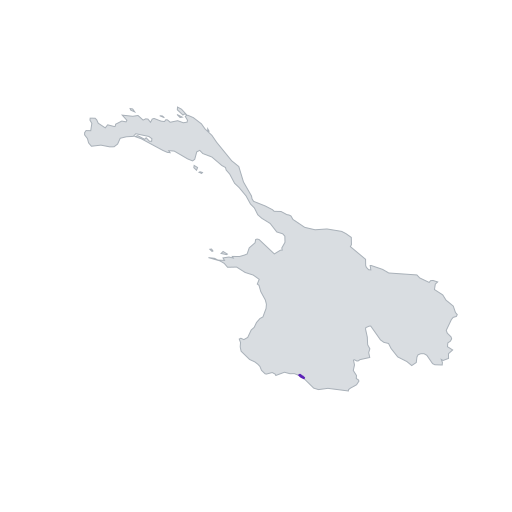 Wan Yai, Mukdahan, Thailand (highlighted), rotated 127°
{"feature_id": "78962969B15109036384984", "entity_name": "Wan Yai", "entity_type": "district", "adm_level": 2, "iso_a3": "THA", "parent_name": "Thailand", "parent_adm1": "Mukdahan", "projection": "equal_earth", "projection_center": [104.712, 16.728], "detail": "fine", "context": "in_parent", "style": "filled", "palette": "violet", "viewbox_px": 512, "rotation_deg": 127, "n_neighbors": 0, "source": "geoboundaries", "source_scale": "gbopen_adm2", "svg_char_len": 4543}
<svg xmlns="http://www.w3.org/2000/svg" viewBox="0 0 512 512"><g transform="rotate(127 256 256)"><path d="M226.8,43.7L227.1,45.8L228.8,43.1L231.0,41.7L235.2,47.7L235.7,50.2L232.5,59.8L232.9,63.0L234.9,65.6L237.3,67.1L239.8,66.7L244.6,63.9L249.8,65.7L249.5,72.0L251.3,82.1L248.6,92.4L246.1,97.5L248.0,101.9L248.1,106.1L242.9,122.2L243.9,123.4L247.1,125.2L248.4,124.6L253.8,118.3L259.7,113.4L261.6,109.2L265.3,107.9L268.6,104.1L276.2,110.6L278.2,111.2L279.2,112.3L279.6,115.0L280.5,115.5L283.7,111.8L288.9,109.4L291.0,103.8L293.5,102.2L293.3,99.5L294.0,98.5L298.3,98.2L304.8,101.1L307.1,101.7L308.2,101.0L318.4,118.9L325.1,125.7L326.8,130.4L325.2,142.4L325.4,149.2L326.8,154.5L329.6,158.1L331.7,163.3L339.5,168.3L338.8,169.6L339.3,172.9L344.1,176.7L344.6,177.9L344.0,182.8L341.8,186.5L341.3,189.5L341.3,193.3L342.5,198.9L341.0,210.6L338.1,213.9L334.4,216.3L332.4,219.4L330.8,218.6L330.1,215.4L326.0,213.6L318.0,215.3L314.1,214.5L308.7,215.6L303.5,215.2L300.5,213.8L291.8,216.4L288.2,218.7L285.5,222.1L281.6,230.7L277.6,236.0L277.6,238.1L272.7,239.4L272.9,246.8L275.7,254.8L276.5,264.8L282.1,271.9L281.0,276.9L281.6,281.8L285.9,293.0L282.8,287.7L282.2,284.0L278.5,278.5L277.4,281.2L273.1,277.0L271.3,272.9L270.6,274.7L266.4,268.9L262.1,265.7L259.7,264.3L253.6,266.3L246.0,264.7L243.0,266.2L241.8,265.3L241.0,263.5L243.3,242.6L236.7,240.0L235.5,238.6L234.1,240.2L227.6,241.1L222.8,244.9L222.2,248.1L224.3,253.9L221.5,264.2L222.4,274.0L222.0,279.4L218.6,286.2L217.8,291.7L214.0,300.1L211.5,310.7L210.8,316.9L206.4,326.3L205.3,331.6L203.7,333.6L204.3,337.8L203.5,350.8L206.2,360.1L205.5,364.5L208.5,366.0L215.7,363.1L218.2,363.9L219.6,369.0L221.4,384.4L224.4,389.1L225.2,386.8L226.6,389.2L227.7,393.8L231.4,418.1L233.4,424.5L231.1,422.9L229.8,415.2L227.7,414.9L228.5,410.1L227.2,408.4L225.0,409.7L225.0,413.5L230.7,425.6L234.3,426.0L238.8,431.3L243.7,435.3L249.9,433.9L254.2,435.1L256.8,438.4L260.8,446.6L267.4,453.5L266.4,457.8L263.7,461.2L262.4,465.8L260.6,467.1L258.1,467.2L255.4,463.4L248.9,466.9L247.4,470.4L245.7,471.4L242.8,467.4L243.1,465.2L244.9,461.9L244.4,453.5L240.5,453.4L237.9,447.1L237.1,446.5L235.2,447.4L229.0,444.4L227.1,440.5L225.3,440.8L224.0,447.6L218.6,438.5L214.8,434.8L215.4,428.0L212.8,426.6L211.7,424.7L212.7,420.7L209.1,421.3L207.5,420.2L205.4,412.9L203.7,410.0L201.4,410.0L200.6,408.6L200.8,405.0L195.1,400.0L193.3,394.2L190.6,391.6L188.8,392.4L187.1,396.5L185.8,396.2L184.6,395.1L183.2,389.3L183.3,379.1L185.2,373.2L186.2,363.8L188.9,355.8L194.6,332.7L194.9,323.6L204.4,310.6L210.8,295.7L212.8,293.5L213.8,290.8L210.5,278.8L209.1,270.6L209.4,268.4L205.4,262.8L204.4,256.3L203.4,254.3L203.0,252.2L204.6,248.4L203.8,234.3L199.5,224.6L191.7,215.6L184.8,202.4L184.0,197.7L183.8,191.1L189.5,186.6L191.7,186.3L192.7,166.5L197.6,162.7L198.6,161.1L199.2,157.8L198.0,155.9L194.9,159.1L194.3,158.4L190.5,146.8L189.7,139.8L174.3,116.1L175.0,112.1L172.9,101.8L170.6,101.7L169.0,99.9L167.4,95.3L170.5,95.9L175.4,93.3L174.7,83.4L176.9,77.7L177.3,68.3L181.1,62.7L181.7,60.0L183.7,59.6L186.4,61.6L189.2,61.7L200.9,59.3L202.5,56.8L203.2,51.6L204.4,49.9L207.0,49.5L210.0,50.5L213.2,48.5L212.7,42.4L218.2,43.5L221.9,40.6L226.8,43.7ZM187.4,399.2L186.6,406.8L184.3,408.3L183.6,403.9L184.9,396.8L185.6,398.5L187.4,399.2ZM223.3,355.1L222.9,358.8L220.9,359.9L220.5,355.9L223.3,355.1ZM272.6,280.3L275.0,285.4L272.2,285.0L271.7,280.0L272.6,280.3ZM214.0,445.3L212.8,443.0L213.9,439.6L214.9,443.8L214.0,445.3ZM191.1,400.0L190.5,404.2L189.5,398.5L191.1,400.0ZM223.4,351.9L222.4,351.4L221.5,349.0L222.8,349.1L223.4,351.9ZM200.7,412.4L201.9,417.3L200.5,415.0L200.7,412.4ZM278.8,293.9L278.4,296.9L277.2,295.7L277.9,293.4L278.8,293.9ZM184.9,370.0L183.5,371.1L184.7,368.2L184.9,370.0Z" fill="#d9dde1" stroke="#a8b0b8" stroke-width="1"/><path d="M325.2,149.9L325.2,149.7L325.2,149.4L325.3,149.3L325.4,149.2L325.4,148.8L325.4,148.7L325.5,148.6L325.5,148.4L325.6,148.2L325.6,147.8L325.6,147.7L325.6,147.4L325.5,147.2L325.5,146.7L325.5,146.4L325.4,146.2L325.3,145.9L325.2,145.6L325.1,145.3L325.1,145.2L325.1,144.7L324.9,144.7L324.7,144.6L324.7,144.4L324.7,144.2L324.4,144.0L324.2,144.1L324.1,144.5L324.1,145.1L324.3,145.1L324.4,145.3L324.4,145.5L324.5,145.5L324.6,145.8L324.5,146.0L324.4,146.1L324.3,146.3L324.3,146.5L324.2,146.5L324.3,146.7L324.3,146.8L324.1,146.9L324.1,147.6L324.5,147.6L324.5,147.9L324.4,148.0L324.4,148.3L324.4,148.5L324.4,148.4L324.2,148.4L324.1,149.2L324.2,149.3L324.3,149.3L324.4,149.2L324.4,149.3L324.5,149.3L324.6,149.5L324.8,149.5L324.8,149.8L325.0,149.8L325.2,149.9Z" fill="#8b5cf6" stroke="#5b21b6" stroke-width="1.5"/></g></svg>